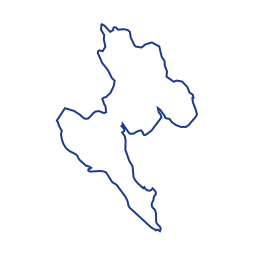 Gwynedd, Equal Earth projection, rotated 264°
{"feature_id": "GBR-2130", "entity_name": "Gwynedd", "entity_type": "Unitary Authority (wales)", "adm_level": 1, "iso_a3": "GBR", "parent_name": "United Kingdom", "parent_adm1": "", "projection": "equal_earth", "projection_center": [-4.085, 52.896], "detail": "fine", "context": "isolated", "style": "outline", "palette": "blue", "viewbox_px": 256, "rotation_deg": 264, "n_neighbors": 0, "source": "natural_earth", "source_scale": "10m", "svg_char_len": 2282}
<svg xmlns="http://www.w3.org/2000/svg" viewBox="0 0 256 256"><g transform="rotate(264 128 128)"><path d="M151.2,196.3L151.2,195.2L146.9,195.2L138.7,197.4L134.4,198.0L132.0,196.5L124.7,188.8L123.0,185.8L123.5,180.8L126.0,175.9L129.4,172.1L132.2,170.6L132.8,170.0L133.5,167.3L133.9,166.5L134.5,166.2L136.2,165.7L142.7,161.9L144.7,159.8L140.5,160.2L137.8,161.9L135.1,162.4L123.0,151.1L120.0,146.2L119.2,144.4L119.7,142.8L122.4,142.1L124.3,140.7L123.9,137.6L122.6,134.5L121.9,133.2L121.9,130.4L122.3,129.1L123.3,128.3L132.7,123.1L131.5,122.8L131.0,122.4L130.5,121.7L128.7,123.2L126.9,124.1L125.3,123.8L124.1,121.7L120.0,124.0L115.7,124.3L106.7,123.1L95.3,125.8L92.6,127.1L89.5,128.5L78.5,128.4L75.3,129.7L72.3,131.7L66.6,136.7L67.2,137.2L67.6,138.0L65.1,139.2L63.6,141.5L63.5,144.0L65.4,146.2L63.4,147.8L62.2,148.5L61.1,148.9L59.2,148.7L57.0,146.6L53.6,145.7L50.6,143.9L48.7,143.5L46.9,143.8L45.7,144.6L44.8,145.5L43.7,146.2L40.2,146.9L31.3,146.2L29.0,147.3L26.8,149.3L24.5,150.1L22.1,148.9L23.7,147.0L23.9,146.1L23.3,144.9L24.3,144.0L26.6,140.7L48.6,121.3L51.0,120.3L54.0,120.1L56.9,119.4L60.0,118.2L72.7,110.7L75.9,106.6L86.2,101.5L87.5,98.9L88.2,95.4L88.5,87.1L89.0,84.8L90.0,84.0L91.1,84.4L91.5,85.8L92.2,87.1L93.5,85.5L94.7,83.2L94.9,82.3L101.2,76.6L103.0,75.6L105.8,74.7L107.9,72.5L111.1,67.4L114.7,64.1L118.9,62.1L123.5,61.0L128.5,60.7L129.8,61.0L131.0,61.5L132.2,61.9L134.2,60.8L137.7,59.6L141.4,58.8L142.7,58.0L143.6,58.6L154.3,67.4L150.6,76.1L146.4,81.4L142.1,85.3L141.5,87.3L141.7,89.6L143.9,92.4L146.6,95.2L147.8,97.7L147.8,101.0L146.2,104.1L145.3,105.6L146.0,107.9L147.8,107.9L151.5,107.9L154.5,106.7L157.6,106.1L159.4,105.4L160.6,106.7L161.2,109.7L164.9,114.3L171.0,118.1L176.3,119.7L179.6,117.1L187.1,114.3L193.0,110.7L195.0,109.3L205.8,105.8L207.6,106.4L208.2,107.7L207.0,110.8L211.2,114.0L218.9,113.2L222.8,114.1L227.9,111.8L228.7,111.4L233.4,112.4L233.9,112.9L232.2,115.3L225.5,120.3L226.9,123.5L228.9,123.8L229.7,125.0L229.3,126.4L226.9,128.2L226.6,134.5L225.5,137.9L223.4,139.9L217.6,140.2L209.7,143.0L208.1,144.5L206.6,149.9L209.3,154.0L210.6,160.6L205.9,167.6L195.5,168.9L190.6,171.4L186.1,171.1L180.4,172.7L175.0,171.7L169.2,178.4L170.1,181.3L168.5,186.7L162.6,191.3L156.8,192.9L154.3,195.9L151.2,196.3Z" fill="none" stroke="#1e3a8a" stroke-width="2"/></g></svg>